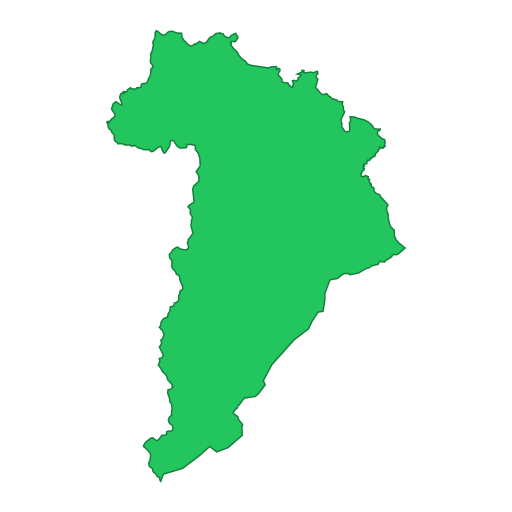 the district of Chucuito, Puno, Peru
{"feature_id": "86281439B79480017417132", "entity_name": "Chucuito", "entity_type": "district", "adm_level": 2, "iso_a3": "PER", "parent_name": "Peru", "parent_adm1": "Puno", "projection": "orthographic", "projection_center": [-69.392, -16.675], "detail": "fine", "context": "isolated", "style": "filled", "palette": "green", "viewbox_px": 512, "rotation_deg": 0, "n_neighbors": 0, "source": "geoboundaries", "source_scale": "gbopen_adm2", "svg_char_len": 5983}
<svg xmlns="http://www.w3.org/2000/svg" viewBox="0 0 512 512"><path d="M181.6,33.2L176.7,33.0L172.6,31.3L170.5,31.3L168.3,31.9L164.9,35.0L163.5,35.2L161.2,34.4L158.1,31.5L156.2,30.7L155.0,33.0L155.3,34.7L154.7,38.6L152.8,41.9L153.4,45.5L152.5,48.7L152.6,50.0L150.6,54.1L150.9,57.9L150.3,59.8L150.6,62.9L152.9,65.6L152.1,68.2L150.9,69.1L150.3,75.6L148.2,79.3L147.8,81.1L146.5,83.2L142.1,83.6L141.0,85.4L141.2,87.1L140.5,87.6L136.9,87.6L136.3,88.6L135.1,89.1L131.8,88.8L130.5,87.7L127.5,89.8L127.1,91.4L125.5,91.8L125.1,92.4L124.6,91.7L123.7,93.2L123.3,91.9L120.6,94.1L119.6,97.5L121.8,103.2L121.9,105.0L119.5,104.2L116.0,101.7L114.9,102.2L113.1,104.0L111.5,108.9L113.7,112.6L114.9,113.8L115.0,116.4L111.3,119.2L111.5,119.7L109.6,121.4L109.4,122.3L108.4,121.3L107.4,121.6L107.7,122.1L106.9,122.5L108.1,124.5L108.3,127.5L109.7,129.4L111.1,130.3L111.7,132.2L114.2,135.0L114.2,139.1L115.1,141.4L116.7,142.0L118.2,144.0L119.1,143.6L122.4,143.7L125.3,145.1L125.8,144.7L126.8,145.2L128.2,144.8L131.0,145.6L131.4,146.2L132.1,145.8L133.4,146.0L134.3,145.2L139.5,148.4L141.1,148.4L143.1,149.6L149.3,149.8L150.7,151.3L151.8,151.7L153.7,151.0L157.8,147.5L160.4,146.4L161.5,147.8L162.3,150.5L164.1,153.2L165.4,152.5L169.1,147.1L170.0,144.7L170.1,142.0L170.9,140.7L172.0,140.4L174.0,141.0L175.7,144.2L178.0,146.9L180.3,148.1L186.3,147.7L187.2,144.5L190.0,144.4L194.6,145.2L195.4,146.0L195.3,149.4L198.4,153.4L199.9,158.7L200.2,165.9L196.2,171.6L198.6,175.4L199.1,177.8L198.6,181.5L193.7,185.9L192.7,189.2L194.1,202.0L189.3,205.2L188.0,206.8L190.5,209.6L190.1,213.3L192.5,217.3L191.6,219.9L191.0,226.0L193.0,233.1L189.4,238.4L188.3,239.2L188.2,241.0L187.4,242.7L188.7,247.4L186.9,249.6L184.7,249.9L180.3,249.0L178.2,247.4L176.6,247.2L172.8,249.8L171.5,252.3L169.3,254.4L169.7,257.9L171.9,260.5L171.8,266.7L172.8,268.8L175.7,271.8L176.2,274.1L179.2,275.6L179.9,280.0L182.7,286.5L182.7,288.5L182.3,289.8L180.7,290.3L180.0,291.2L179.7,293.9L178.7,295.5L178.6,298.3L179.1,300.0L176.1,302.7L174.4,303.0L174.1,304.9L173.0,306.4L170.4,306.7L169.8,311.4L168.2,313.6L167.5,317.1L164.2,318.3L163.0,319.3L161.0,322.4L160.8,325.2L159.3,327.4L160.6,328.4L160.9,329.4L162.3,330.0L164.0,334.6L162.6,338.6L160.8,340.2L161.7,342.9L160.5,345.6L159.3,346.8L163.4,355.3L161.6,358.0L159.3,358.5L159.8,361.5L158.3,365.1L160.9,368.5L162.6,371.8L165.9,374.8L167.0,376.8L167.4,379.4L172.0,384.5L172.0,385.9L173.1,386.9L170.5,389.3L168.0,389.8L167.7,393.2L169.5,398.2L170.0,402.0L171.5,403.8L172.1,408.7L171.6,411.2L171.6,415.1L169.1,417.5L168.3,420.4L169.5,423.3L172.2,425.4L173.0,427.5L172.8,429.9L171.6,431.1L168.9,431.0L166.7,431.7L166.4,434.6L165.1,435.2L161.9,435.2L159.2,439.0L157.1,440.6L155.9,440.4L152.8,437.8L150.8,438.1L145.5,442.4L143.5,445.6L143.5,446.4L147.5,449.9L150.2,453.3L150.6,454.9L150.2,459.4L148.6,463.5L149.3,466.0L150.0,467.0L152.4,468.5L153.0,471.7L155.6,473.7L157.4,476.6L159.4,477.5L160.1,480.6L160.8,481.3L163.3,474.2L182.7,468.3L199.5,455.6L209.7,446.5L216.7,451.9L228.1,447.6L242.1,435.4L242.1,429.2L241.5,427.2L242.6,425.5L242.4,424.2L238.8,419.9L237.7,416.5L233.2,413.4L233.6,411.7L234.9,410.4L235.0,409.6L237.1,408.2L238.0,405.6L239.1,405.0L244.2,398.1L255.1,396.5L258.6,393.6L265.2,384.8L263.3,380.6L271.9,364.6L294.0,339.9L308.7,328.7L311.8,321.7L318.1,312.1L323.0,311.3L324.8,300.4L324.9,293.3L330.0,279.8L337.3,278.5L342.2,274.7L344.5,273.5L348.6,273.6L349.9,274.7L358.2,273.1L365.8,268.7L369.0,267.8L371.8,265.8L378.1,264.3L379.5,261.5L384.6,262.0L385.5,260.6L391.7,256.8L392.3,255.3L393.2,254.7L396.9,254.6L398.2,254.0L405.1,248.0L399.2,243.2L396.0,239.7L394.4,235.6L394.3,230.2L391.1,227.2L389.9,225.1L388.1,217.7L388.3,214.3L386.6,210.3L386.6,207.4L387.9,205.3L387.6,204.4L380.8,197.0L379.6,194.7L376.2,193.4L374.3,191.5L373.7,190.1L374.1,188.2L371.3,186.2L371.3,184.4L370.3,183.9L370.6,183.1L369.8,182.9L369.0,180.8L369.7,179.5L368.0,178.7L368.4,176.8L366.8,176.0L365.3,176.1L365.3,175.6L363.2,177.2L362.7,176.4L361.2,176.4L361.0,173.2L361.8,173.0L361.7,171.6L363.3,170.6L364.2,169.4L364.3,168.6L363.4,168.4L363.0,167.7L364.6,166.1L363.4,165.5L363.9,165.0L363.9,164.0L366.5,163.8L366.9,163.4L366.7,162.6L367.7,160.1L369.5,160.6L370.2,158.8L371.2,158.7L371.3,157.8L373.7,156.8L374.3,155.8L375.0,156.0L375.4,153.8L378.4,150.9L378.3,149.5L379.5,149.1L379.7,147.1L380.3,148.0L381.5,147.9L382.2,147.3L382.6,148.0L383.3,148.1L383.5,147.2L384.2,147.1L385.2,146.0L384.5,144.8L385.1,142.9L385.0,141.6L384.6,141.3L384.8,139.8L382.0,138.6L378.7,135.8L377.6,134.4L377.3,133.0L378.0,130.8L379.8,130.6L380.2,129.1L374.4,129.0L371.5,124.6L367.8,121.7L364.0,119.8L356.4,117.9L354.8,117.0L350.0,116.8L350.8,120.5L349.4,122.6L349.8,130.0L349.4,130.9L348.0,131.7L346.0,131.8L344.7,131.1L341.8,126.9L341.8,123.2L340.9,120.6L341.4,118.6L344.7,111.9L343.5,110.1L343.4,107.4L342.3,104.3L342.6,101.6L338.8,101.6L336.3,99.8L331.9,98.6L330.0,96.6L328.9,96.2L326.7,93.6L322.9,94.6L321.6,94.3L315.8,87.6L315.3,86.7L316.4,84.9L317.8,78.9L316.6,78.3L316.1,77.2L316.6,74.4L317.8,73.8L317.7,72.1L317.2,71.2L313.4,72.7L310.6,72.1L305.0,73.0L303.4,72.2L304.1,70.6L302.1,70.2L301.6,72.3L297.2,74.1L298.7,74.5L299.5,74.0L301.0,75.3L299.5,77.1L298.3,77.5L297.4,80.4L296.1,81.2L294.1,80.3L292.3,80.9L293.6,83.6L292.9,85.4L292.9,86.8L292.1,87.3L289.7,85.9L289.6,85.4L289.1,85.5L287.9,83.0L283.5,82.5L281.8,81.4L282.0,79.2L279.8,76.4L278.6,75.7L278.3,74.4L279.0,71.9L280.0,70.8L279.8,69.0L278.5,68.3L276.7,69.5L276.2,69.4L276.6,67.3L276.3,66.6L271.3,66.8L268.7,68.0L250.2,65.2L247.2,63.8L245.6,61.5L241.4,58.3L238.5,55.0L238.0,53.3L236.1,50.7L234.2,49.5L231.1,45.3L231.3,43.4L230.5,42.6L230.6,42.0L232.9,41.3L234.8,41.8L236.0,40.9L236.9,39.1L237.9,38.2L237.3,35.6L236.0,34.8L235.9,33.4L235.3,33.3L230.8,35.8L229.7,37.6L229.1,37.9L225.3,36.7L224.4,36.1L223.1,33.8L221.5,33.8L220.4,32.8L216.2,33.5L215.2,33.9L213.7,35.8L209.8,37.5L206.8,41.8L204.9,43.2L203.3,43.4L199.4,41.4L195.8,44.2L194.8,43.8L192.9,45.4L190.7,46.0L188.2,44.7L183.7,40.0L181.9,36.9L181.6,33.2Z" fill="#22c55e" stroke="#15803d" stroke-width="1.5"/></svg>